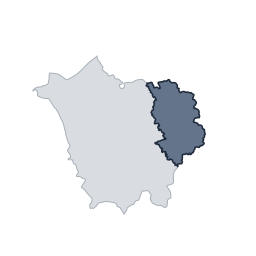 location of Vitebsk within Belarus, rotated 59°
{"feature_id": "BLR-2341", "entity_name": "Vitebsk", "entity_type": "Region", "adm_level": 1, "iso_a3": "BLR", "parent_name": "Belarus", "parent_adm1": "", "projection": "albers", "projection_center": [28.969, 55.191], "detail": "fine", "context": "in_parent", "style": "filled", "palette": "slate", "viewbox_px": 256, "rotation_deg": 59, "n_neighbors": 0, "source": "natural_earth", "source_scale": "10m", "svg_char_len": 9119}
<svg xmlns="http://www.w3.org/2000/svg" viewBox="0 0 256 256"><g transform="rotate(59 128 128)"><path d="M199.7,175.8L196.1,175.7L191.9,175.9L189.6,177.7L187.0,176.9L185.2,177.9L181.1,182.6L179.5,185.1L178.1,188.9L177.2,191.7L177.7,193.6L178.6,195.4L178.8,197.4L179.2,198.9L178.2,200.0L177.6,201.6L175.8,201.4L173.6,199.9L173.1,197.7L171.4,196.2L170.2,195.4L168.4,195.3L165.5,196.1L161.7,196.7L158.8,196.8L157.2,197.6L154.9,198.4L154.0,197.5L152.7,195.0L151.7,192.5L150.9,191.4L150.3,191.1L149.5,191.1L148.6,191.9L148.0,192.7L145.6,193.7L144.5,194.6L143.3,196.9L142.5,196.7L141.7,196.2L140.8,193.6L139.6,193.0L137.6,193.0L135.1,192.4L133.1,191.6L132.3,191.8L131.1,192.8L129.8,193.0L126.9,192.0L126.4,192.4L124.7,195.2L123.9,195.4L123.5,195.0L123.8,192.5L122.1,191.6L119.3,191.4L117.4,191.7L116.4,191.6L115.9,191.1L113.6,186.9L112.4,186.6L110.1,186.7L106.7,186.1L102.9,185.0L100.8,184.6L99.7,183.6L97.4,183.2L91.1,181.2L88.5,180.8L84.7,180.6L78.9,179.9L75.1,179.9L73.4,180.4L71.3,180.6L64.4,180.7L61.9,181.0L61.1,181.8L60.2,183.7L57.1,186.8L54.1,188.8L53.6,189.0L52.1,187.7L50.8,187.2L49.2,186.9L48.0,187.2L47.3,187.7L47.2,190.3L47.0,190.5L46.0,187.4L46.3,184.6L47.1,183.1L48.0,181.8L47.9,179.6L48.9,176.9L49.1,174.9L48.8,174.0L48.2,172.9L46.5,171.6L45.8,170.7L43.5,169.3L41.2,167.7L40.8,166.8L41.0,166.2L41.5,165.3L43.6,162.7L45.7,160.2L47.1,159.3L54.0,156.4L55.1,155.3L55.5,153.3L55.7,149.2L55.6,145.5L55.3,142.9L54.4,138.1L51.7,127.9L50.5,117.5L51.7,118.2L54.8,118.7L57.3,118.2L58.6,118.2L59.7,118.5L63.0,118.1L63.7,119.1L65.1,120.0L68.1,119.0L70.7,117.7L73.3,118.0L73.7,117.4L74.5,113.8L75.4,113.0L78.5,113.6L79.7,113.0L81.0,111.2L82.8,110.2L84.4,110.3L86.0,109.1L86.8,110.0L87.1,111.5L86.5,112.7L86.7,113.2L87.8,113.8L89.7,113.9L90.9,113.5L91.2,112.8L91.3,111.6L91.0,110.4L90.3,109.3L88.8,108.8L87.8,108.7L87.6,108.0L88.0,106.7L89.1,104.2L90.3,102.0L91.1,101.2L91.2,100.4L91.1,99.0L91.2,96.5L92.4,93.1L93.9,90.6L95.7,89.8L98.0,89.5L99.5,88.3L100.2,86.9L100.9,84.7L101.6,84.3L107.0,84.7L107.8,82.5L108.3,81.9L109.4,81.3L110.1,80.5L109.9,79.9L108.5,79.5L105.3,79.0L104.7,78.2L104.9,77.4L105.9,75.1L106.8,72.2L107.3,69.9L107.4,68.5L107.8,68.2L110.4,67.8L111.3,67.4L113.6,64.3L115.3,63.8L119.6,64.8L121.7,64.7L124.2,65.0L124.4,64.7L125.4,61.6L129.7,56.7L132.0,55.0L133.5,54.7L134.0,54.8L136.3,57.4L136.8,57.5L138.3,56.4L141.0,56.4L142.2,57.3L143.9,60.5L144.9,60.9L147.4,59.1L148.9,58.5L149.8,58.5L154.7,61.0L155.0,61.8L155.1,62.7L154.3,65.7L155.3,67.5L156.5,68.7L159.0,66.6L159.9,66.1L161.0,66.0L162.3,65.3L163.3,64.1L164.2,63.7L166.0,64.0L169.2,63.6L173.0,65.3L173.4,65.9L175.3,67.9L176.0,68.9L176.6,69.2L177.7,70.2L179.0,70.8L180.0,70.6L180.4,70.9L180.9,71.7L180.9,73.0L180.9,76.9L179.6,79.0L179.4,79.7L179.5,80.5L180.6,82.2L182.1,84.7L182.5,86.2L182.5,87.3L180.7,90.7L180.1,91.5L179.7,93.1L179.5,94.8L179.6,95.5L182.9,98.0L185.4,99.4L185.9,100.1L186.0,100.5L184.8,103.4L184.7,104.1L186.7,105.2L187.8,107.1L188.8,110.0L190.8,112.9L197.8,116.8L198.4,117.6L198.7,118.5L198.5,120.5L197.4,124.3L198.6,124.8L201.7,124.5L205.4,124.8L210.0,127.2L210.1,128.4L209.7,129.5L210.0,130.7L210.6,131.6L214.6,134.4L215.0,135.2L215.2,136.7L215.1,137.7L214.0,138.0L212.9,138.6L211.0,140.0L210.3,141.8L207.2,144.4L205.3,145.6L203.8,145.8L200.0,145.4L198.6,144.2L198.1,143.1L196.6,142.7L194.7,142.7L192.1,143.0L191.6,143.4L191.2,144.8L190.1,147.2L189.4,148.5L192.9,153.1L194.6,154.9L195.2,156.1L195.2,156.9L194.5,157.9L194.7,159.9L196.4,162.5L195.9,162.9L195.8,166.1L196.0,169.5L196.4,170.3L197.4,171.0L198.2,172.2L199.5,175.0L199.7,175.8Z" fill="#d9dde1" stroke="#a8b0b8" stroke-width="1"/><path d="M106.1,79.3L105.8,79.3L104.8,78.9L104.6,78.7L104.5,78.4L104.7,77.8L105.3,76.8L105.5,75.7L105.7,75.4L106.3,74.8L106.4,74.4L106.1,73.8L106.2,73.0L107.3,71.5L107.5,70.9L107.6,70.1L107.5,69.3L107.4,68.5L107.8,67.9L108.2,67.7L108.7,67.8L109.5,68.2L109.9,68.1L111.3,67.5L111.7,67.1L112.7,65.3L113.7,64.2L114.1,63.9L116.3,63.7L117.0,63.8L117.4,64.0L118.4,65.0L118.9,65.2L119.2,65.1L120.4,63.9L120.8,64.5L121.3,64.8L121.8,65.0L124.0,65.2L124.5,65.2L124.8,64.0L124.9,62.6L125.4,61.3L127.1,60.2L127.7,59.2L127.8,58.5L128.3,58.0L129.5,57.1L130.0,56.0L130.3,55.7L131.2,55.5L131.9,55.2L132.7,54.6L133.4,54.4L134.0,54.8L134.3,55.3L135.5,56.6L136.0,57.4L136.4,57.7L136.7,57.8L137.1,57.6L137.7,56.7L138.0,56.5L140.5,56.2L141.8,56.5L142.9,58.3L143.1,59.0L143.2,59.8L143.4,60.4L143.8,60.8L145.1,61.1L145.5,61.1L145.5,60.3L146.0,59.9L147.0,59.4L148.0,58.8L148.8,58.4L149.8,58.5L150.8,58.8L152.1,59.8L154.7,60.5L155.0,60.7L155.6,61.4L155.8,61.7L155.8,62.0L155.5,62.2L155.1,62.4L155.0,62.5L154.8,62.8L154.6,64.1L154.2,65.1L154.2,65.6L154.3,66.2L154.5,66.7L155.3,67.4L156.2,68.6L156.5,68.8L157.0,68.6L158.3,67.0L159.9,66.0L160.4,65.9L161.6,66.2L162.0,66.0L162.6,64.7L163.1,64.2L163.7,63.8L164.4,63.6L165.1,63.7L167.1,64.4L167.5,64.2L168.3,63.5L168.7,63.3L169.0,63.4L169.9,64.1L173.2,65.1L173.4,65.3L173.4,65.6L173.3,66.1L173.5,66.3L175.0,67.0L175.3,67.4L175.4,67.7L175.3,68.3L175.3,68.5L175.5,68.9L175.8,69.2L176.2,69.3L176.9,69.2L177.2,69.3L178.0,71.0L178.5,71.1L179.1,70.8L179.8,70.5L180.5,70.8L181.0,71.6L181.1,72.8L180.8,73.8L181.1,74.0L181.0,74.4L180.6,74.8L180.5,75.3L180.7,75.8L181.2,76.6L181.2,77.2L181.0,77.5L180.0,78.3L179.4,79.2L179.2,79.8L179.2,80.3L179.3,80.7L179.6,80.9L180.3,81.3L180.5,81.6L180.8,82.7L181.1,83.1L181.9,83.7L182.1,84.0L182.1,84.4L182.1,84.5L182.4,84.6L182.6,84.9L182.6,85.1L182.5,85.4L182.4,85.6L182.3,85.8L182.4,86.0L182.8,86.8L183.0,87.6L183.0,88.1L182.6,88.3L181.8,88.1L181.4,88.1L181.3,88.5L181.5,89.0L181.8,89.3L181.9,89.7L181.6,90.3L181.3,90.5L180.2,90.8L179.8,91.1L179.9,91.4L180.0,91.9L180.0,92.6L179.8,93.1L179.4,93.5L179.1,94.1L179.0,94.9L179.1,95.4L179.4,95.6L180.1,95.8L182.9,97.7L183.1,98.2L183.2,98.8L183.6,98.7L185.1,98.8L185.5,99.6L186.2,100.2L185.8,101.3L184.9,102.8L184.5,104.1L185.0,104.5L186.4,104.8L186.6,105.2L186.2,105.3L185.6,105.2L185.1,105.6L184.4,105.9L184.3,106.1L184.4,106.7L184.3,106.8L182.3,105.9L182.0,106.0L181.8,106.2L181.7,106.3L181.8,106.6L181.7,106.8L181.2,106.9L180.0,106.9L179.1,106.8L178.3,106.4L178.0,106.5L177.5,106.8L177.5,107.1L177.3,107.3L176.6,107.6L176.3,107.8L176.2,108.0L176.3,108.1L176.7,108.5L176.8,108.7L176.4,109.1L176.1,109.9L175.7,110.2L175.2,110.5L174.9,110.5L174.4,110.3L173.8,109.8L173.4,109.0L173.2,108.8L173.0,109.0L172.9,109.4L172.8,109.6L171.9,110.1L171.6,110.1L170.6,109.9L170.4,109.7L170.5,109.6L171.0,108.7L171.3,108.0L171.4,107.9L170.2,108.6L169.2,108.5L169.1,109.1L168.8,109.2L167.8,108.5L167.8,108.4L168.0,108.1L167.7,108.0L167.4,108.2L167.3,108.6L167.1,109.0L166.4,109.5L166.4,110.0L166.7,110.6L166.7,110.8L166.6,111.1L166.4,111.2L165.7,111.2L165.3,111.0L165.3,110.7L164.2,110.5L164.2,110.2L163.8,109.8L163.9,109.5L163.8,109.3L162.9,109.1L162.7,109.4L163.0,109.7L163.0,109.8L162.9,109.9L162.5,110.1L160.1,110.4L159.9,110.4L158.9,110.0L158.4,109.9L158.1,110.1L157.8,110.8L156.9,111.1L156.6,111.8L156.4,112.0L155.7,112.5L155.0,112.7L154.9,112.7L154.6,112.3L154.7,111.4L154.8,111.1L155.4,110.6L155.6,110.3L155.6,110.1L155.2,109.5L154.8,109.1L155.0,108.8L155.2,108.3L155.3,108.2L155.5,107.9L155.6,107.3L155.8,104.8L156.3,103.9L156.3,103.6L156.1,103.3L156.0,103.1L156.9,102.0L156.8,101.2L156.6,100.9L156.4,100.9L156.2,100.9L156.2,101.6L156.0,101.9L155.8,101.9L154.5,101.6L153.7,102.2L153.0,102.0L152.3,101.9L152.3,101.0L152.2,100.5L152.1,100.3L151.8,100.2L151.0,100.5L150.7,100.5L150.6,100.4L150.6,100.2L150.9,99.9L150.7,99.9L150.0,100.2L149.5,100.9L149.1,101.1L148.6,101.1L146.2,100.7L146.1,100.9L146.0,101.4L146.0,101.6L146.3,102.0L146.1,102.6L145.6,102.8L145.4,102.7L145.3,102.1L145.0,102.0L144.2,101.9L143.8,102.3L143.6,102.3L142.5,101.9L142.3,101.7L142.2,101.3L142.2,101.1L142.5,100.5L142.5,100.3L142.4,100.2L142.2,99.8L142.0,99.7L141.6,100.2L141.3,100.3L140.9,99.6L139.3,100.0L139.2,100.2L138.3,102.8L138.0,102.9L137.7,102.9L136.9,102.4L136.8,102.0L136.7,101.8L136.5,101.6L135.9,101.3L135.7,101.0L135.3,100.3L134.8,99.9L134.4,99.8L133.5,100.0L133.1,100.1L132.5,100.5L131.5,100.3L129.3,100.9L129.2,100.7L129.1,100.2L128.8,99.9L128.5,99.9L128.1,100.4L127.9,100.4L126.6,100.1L126.3,99.6L125.8,99.1L125.6,98.6L125.3,98.1L125.5,97.6L125.6,97.1L125.3,96.8L124.4,96.2L122.7,95.9L122.5,95.7L122.7,95.1L122.7,94.9L121.3,93.6L120.8,92.9L120.5,92.8L119.6,92.9L119.2,92.8L119.1,92.7L119.1,92.2L118.9,91.9L118.5,91.2L118.0,90.7L118.5,89.9L118.6,89.7L118.4,89.4L118.0,89.1L117.0,89.3L115.6,88.9L115.0,89.3L115.0,89.5L115.0,89.9L115.0,90.2L114.7,90.4L113.4,90.4L112.7,90.3L112.5,90.2L112.2,89.7L111.9,89.6L110.1,89.8L109.4,90.3L109.0,90.4L108.8,90.3L108.6,90.0L108.4,89.7L108.2,89.6L107.1,89.6L106.7,90.0L106.3,90.1L105.6,89.7L104.7,89.7L104.2,89.6L103.0,89.0L102.7,89.2L102.6,89.5L102.7,89.9L102.6,90.1L102.4,90.2L102.1,90.0L101.9,90.0L101.4,90.5L101.1,90.6L100.9,90.4L100.7,90.1L100.7,89.3L100.5,89.2L99.4,88.6L99.7,88.1L100.4,86.8L100.5,86.5L100.5,86.1L100.5,85.4L100.6,85.1L101.2,84.2L101.9,84.1L104.0,84.7L104.5,84.2L104.8,84.2L106.6,85.1L106.9,85.0L107.2,84.6L107.4,83.7L107.6,82.9L107.7,82.6L108.0,82.2L108.5,81.7L108.8,81.6L109.9,81.3L110.3,81.0L110.5,80.5L110.4,80.0L110.0,79.7L107.2,79.1L106.1,79.3Z" fill="#64748b" stroke="#1e293b" stroke-width="1.5"/></g></svg>